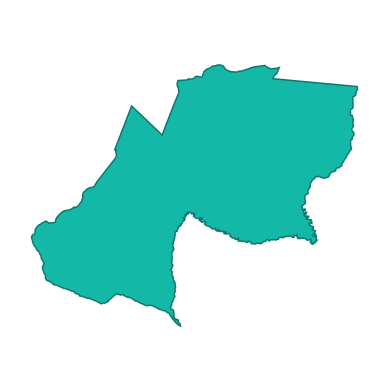 the district of San Pedro, Jujuy, Argentina, rotated 97°
{"feature_id": "61730980B38086174579280", "entity_name": "San Pedro", "entity_type": "district", "adm_level": 2, "iso_a3": "ARG", "parent_name": "Argentina", "parent_adm1": "Jujuy", "projection": "albers", "projection_center": [-64.748, -24.311], "detail": "fine", "context": "isolated", "style": "filled", "palette": "teal", "viewbox_px": 384, "rotation_deg": 97, "n_neighbors": 0, "source": "geoboundaries", "source_scale": "gbopen_adm2", "svg_char_len": 5935}
<svg xmlns="http://www.w3.org/2000/svg" viewBox="0 0 384 384"><g transform="rotate(97 192 192)"><path d="M159.3,273.8L159.0,273.0L159.2,272.6L160.4,272.8L163.8,271.7L165.9,271.4L168.0,272.3L193.2,287.4L199.0,290.1L200.2,294.0L202.1,296.9L204.2,298.0L204.8,299.1L206.1,299.8L208.5,300.2L209.8,299.9L211.9,299.8L212.7,300.3L214.8,300.1L215.7,301.2L219.5,303.1L221.7,305.9L221.3,307.1L223.9,309.9L225.2,312.9L225.3,314.1L226.0,315.0L226.0,316.2L227.6,318.3L229.7,320.3L234.4,323.5L238.0,324.0L239.2,324.9L240.3,330.3L239.4,331.5L238.7,333.5L241.6,337.7L242.6,338.5L243.2,339.7L245.4,341.5L247.8,342.8L249.9,343.1L251.6,342.7L253.2,343.6L253.9,344.8L255.3,345.7L256.7,345.7L263.5,342.9L266.3,340.2L268.4,338.9L270.4,336.2L272.3,335.4L273.6,334.2L276.3,333.5L280.3,330.4L281.0,330.1L284.6,331.3L286.2,331.0L290.6,328.9L292.3,327.4L295.6,326.9L297.5,325.2L298.3,321.4L298.9,320.9L299.7,319.4L300.7,318.4L301.2,314.0L303.0,308.6L303.8,303.3L304.9,299.6L305.0,296.8L306.3,296.2L306.9,295.1L307.3,292.1L308.9,290.8L309.0,287.5L310.2,283.2L310.1,280.4L312.5,272.3L313.9,268.9L313.9,267.8L312.9,266.4L312.9,264.9L310.9,262.0L308.9,260.6L302.3,254.8L302.4,252.1L303.0,250.6L302.5,249.5L302.5,248.0L304.3,243.5L304.4,239.9L307.1,234.8L307.4,232.0L308.2,230.7L310.3,223.6L310.3,221.9L309.4,219.8L309.6,218.1L310.8,213.9L311.8,212.1L311.8,211.2L312.5,210.1L312.6,208.3L313.3,205.7L313.3,203.6L314.4,202.3L315.0,200.1L317.6,198.2L323.2,192.8L325.5,189.5L326.5,187.0L324.7,187.6L322.4,189.9L320.6,190.2L320.6,192.2L320.0,192.5L319.6,194.0L318.4,194.5L316.3,194.8L315.8,195.2L314.1,195.2L313.7,195.8L312.5,195.6L311.6,196.0L310.8,197.3L310.7,199.0L309.3,199.3L307.3,198.4L304.8,198.6L302.3,197.6L299.4,197.1L297.8,196.2L296.1,197.0L293.9,197.0L292.7,196.5L289.9,197.2L288.8,196.7L287.9,196.7L286.1,197.5L284.0,197.8L283.6,198.7L282.1,199.2L281.2,200.0L279.1,200.2L277.0,201.6L275.5,202.1L273.8,201.9L271.6,203.6L270.5,202.8L269.3,202.8L267.9,202.1L266.9,202.2L265.0,203.9L263.6,203.3L260.9,203.8L259.3,203.6L257.5,204.5L256.4,204.2L254.6,204.7L252.7,203.6L250.8,203.1L247.9,204.4L246.3,204.6L244.8,204.2L243.6,204.6L242.9,204.1L240.7,203.6L237.3,203.8L236.7,203.3L235.6,204.1L233.3,203.1L232.7,202.0L231.3,202.0L229.5,201.2L229.0,201.7L227.9,200.4L227.0,200.6L226.9,199.3L226.3,199.2L225.9,198.7L225.0,199.1L224.6,198.2L221.9,197.3L221.3,196.3L219.8,195.8L218.7,195.9L218.5,196.6L219.1,196.8L219.0,197.4L218.7,197.5L217.5,195.7L216.4,195.2L216.2,196.0L215.4,195.7L215.3,195.4L215.9,195.2L215.5,194.6L214.1,195.0L214.4,193.3L212.6,193.9L213.0,192.8L212.5,191.1L212.9,190.1L213.6,190.1L213.7,189.8L213.6,189.1L212.8,188.3L213.1,187.2L213.9,186.5L214.5,186.8L214.5,187.6L215.8,187.5L217.4,185.1L217.7,181.7L216.5,180.6L216.6,179.1L217.0,178.5L217.8,178.6L218.2,179.6L218.0,180.8L219.0,181.3L220.2,179.6L220.6,178.3L220.5,177.4L219.7,176.1L219.8,174.8L220.3,174.7L222.1,175.7L223.3,174.3L224.4,169.9L226.3,166.9L225.3,164.2L227.0,163.8L227.7,162.5L227.5,161.4L226.7,161.8L226.0,161.2L226.2,160.6L227.5,160.8L227.7,160.4L227.7,158.0L227.0,156.6L227.8,156.2L228.5,155.0L227.5,154.5L227.5,153.5L228.4,153.2L229.4,154.5L229.5,152.8L228.8,150.9L229.2,149.5L230.3,148.6L231.1,149.0L232.7,146.1L232.5,144.2L233.4,143.8L233.8,142.3L233.4,141.3L232.7,141.4L232.2,141.1L232.3,140.0L235.1,140.0L234.7,138.2L235.0,136.0L234.6,134.2L234.8,132.6L235.4,131.8L235.1,130.5L233.8,130.0L234.7,127.5L235.8,127.1L236.0,126.1L235.9,122.9L234.5,120.3L235.1,117.7L233.5,115.6L232.4,114.9L232.0,112.9L230.0,111.9L230.2,110.8L231.2,109.4L231.0,108.9L229.9,108.3L229.5,107.5L229.7,106.0L229.2,105.0L229.4,102.5L228.7,102.0L228.3,100.4L226.9,100.2L226.3,99.4L225.9,97.9L226.4,96.3L224.6,93.6L224.5,91.7L223.8,89.8L223.5,87.8L224.7,86.9L224.8,85.8L224.1,85.1L222.6,85.0L222.6,83.6L221.7,82.8L221.8,82.6L223.7,82.2L225.2,81.3L225.2,79.8L224.4,79.3L224.8,78.2L224.2,76.0L224.6,73.5L225.8,71.8L225.4,70.0L224.6,68.9L224.6,68.3L226.6,67.8L227.1,68.4L227.7,68.3L228.3,67.1L229.0,66.7L229.0,65.4L227.8,65.3L227.5,63.8L226.6,64.1L225.9,62.8L224.5,61.9L224.3,62.6L221.8,63.3L220.6,63.1L219.4,64.0L220.0,64.8L221.3,65.4L220.9,66.7L220.3,67.2L219.3,67.0L218.7,65.8L218.7,64.5L217.4,65.4L215.6,64.8L214.5,68.2L213.5,67.2L211.6,67.2L211.2,70.6L209.3,72.2L208.6,72.0L209.7,71.3L208.6,70.2L208.6,69.2L207.7,69.6L206.9,69.3L206.5,70.0L204.8,70.6L205.3,72.4L204.7,73.9L205.2,74.8L204.6,75.5L204.2,75.4L203.9,74.4L202.6,73.2L202.0,73.2L201.9,74.6L202.7,75.1L202.0,75.7L202.3,77.4L201.8,78.1L201.2,78.0L200.4,76.5L198.3,75.8L198.3,76.4L199.2,77.3L199.3,78.2L197.4,78.8L197.0,79.3L196.5,78.9L196.5,77.3L195.4,77.4L195.1,77.8L195.9,80.1L193.7,80.8L193.0,81.6L189.4,78.2L187.1,78.3L184.3,79.4L182.7,79.5L180.7,78.9L179.7,76.8L179.1,76.5L176.7,77.3L172.5,75.3L169.4,75.6L164.8,73.6L163.9,72.2L161.4,70.9L161.5,69.1L161.0,67.7L162.0,64.5L162.1,62.7L160.9,59.0L159.4,57.9L157.3,57.3L156.0,56.5L155.0,55.4L154.2,53.1L153.3,52.0L151.9,52.0L150.4,51.0L150.1,50.5L150.1,48.9L149.0,48.4L147.6,46.5L145.8,46.7L143.7,45.4L141.3,44.7L138.6,43.1L137.0,43.0L135.5,41.8L132.1,40.5L129.8,38.9L126.8,40.1L123.6,40.7L121.1,40.7L120.0,39.4L117.9,39.6L115.9,38.3L114.5,38.3L113.3,38.8L110.9,41.2L109.9,41.2L106.8,39.7L104.8,40.6L103.1,40.9L100.9,40.6L96.5,42.4L96.2,42.9L96.5,44.1L96.3,44.5L93.3,44.2L91.7,44.9L90.0,43.8L89.6,42.8L88.6,42.6L84.8,42.9L83.8,43.4L81.5,43.3L78.2,44.3L77.3,42.6L75.4,41.1L73.1,41.5L69.9,40.2L68.1,40.5L67.2,40.9L69.7,125.4L66.6,124.8L64.2,122.4L57.9,120.6L59.1,123.3L59.2,124.8L60.3,128.7L58.9,133.0L57.5,135.1L60.5,146.3L65.9,157.3L66.0,158.9L67.5,162.2L67.9,167.8L66.5,173.2L64.9,175.0L63.3,176.0L62.4,179.5L63.0,182.6L64.0,183.8L63.9,184.8L64.5,186.0L64.5,187.0L66.6,189.0L68.3,192.3L71.0,194.8L76.4,195.9L76.8,196.6L76.9,198.7L76.6,199.3L76.6,201.9L77.5,203.0L78.6,203.3L79.8,205.9L80.2,207.2L80.0,209.0L81.5,211.0L83.0,219.4L85.3,219.9L87.7,219.8L90.7,218.2L93.4,217.5L94.0,216.9L105.7,220.2L139.1,228.6L114.0,262.4L159.3,273.8Z" fill="#14b8a6" stroke="#0f766e" stroke-width="1.5"/></g></svg>